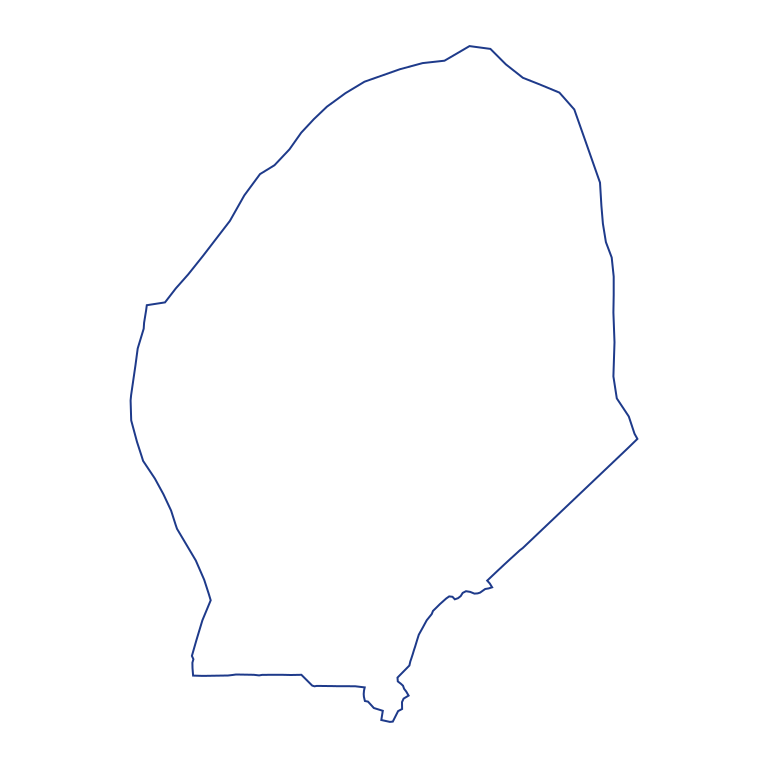 the district of Semienawi Mierab, Maekel, Eritrea
{"feature_id": "51966322B56082674650687", "entity_name": "Semienawi Mierab", "entity_type": "district", "adm_level": 2, "iso_a3": "ERI", "parent_name": "Eritrea", "parent_adm1": "Maekel", "projection": "albers", "projection_center": [38.931, 15.377], "detail": "fine", "context": "isolated", "style": "outline", "palette": "blue", "viewbox_px": 768, "rotation_deg": 0, "n_neighbors": 0, "source": "geoboundaries", "source_scale": "gbopen_adm2", "svg_char_len": 1940}
<svg xmlns="http://www.w3.org/2000/svg" viewBox="0 0 768 768"><path d="M193.1,675.6L202.8,675.9L228.1,675.5L232.4,675.0L236.1,674.5L253.8,674.8L259.1,675.4L262.0,674.9L270.0,674.8L272.8,674.8L282.2,674.8L290.9,675.0L301.4,674.8L312.2,685.6L314.5,686.3L316.8,685.9L324.1,686.0L332.8,686.1L337.6,686.2L347.2,686.2L355.5,686.3L364.7,687.4L364.0,690.6L363.7,694.0L363.9,696.7L364.9,701.0L368.0,701.6L373.8,708.0L382.8,710.8L381.3,720.0L389.9,721.9L392.8,721.6L398.1,711.1L402.1,709.0L402.0,702.1L403.6,698.6L408.6,695.6L406.2,691.5L404.1,688.8L403.0,685.7L400.8,683.7L397.8,681.4L397.5,677.6L409.4,665.5L410.3,661.5L411.4,658.3L412.7,654.3L414.0,650.0L415.1,646.7L417.1,640.1L418.8,634.7L422.8,627.5L426.7,620.3L431.7,614.1L433.0,610.9L436.6,607.4L439.8,604.2L446.2,598.5L449.2,596.4L452.5,596.8L454.8,599.3L458.0,598.2L460.7,596.1L462.7,592.9L466.0,591.2L470.2,591.9L474.4,593.6L477.6,593.4L480.1,592.6L485.2,589.0L488.7,588.4L492.1,587.3L489.8,583.5L487.2,580.6L492.7,575.4L498.3,570.1L504.3,564.5L510.8,558.5L515.9,553.9L519.8,550.3L522.7,548.1L627.4,448.6L637.4,438.9L634.5,433.7L628.8,416.5L616.8,398.4L613.4,376.4L614.5,342.3L613.4,312.5L613.7,295.1L613.7,276.6L611.7,257.5L605.9,242.1L602.9,223.6L601.4,205.8L600.0,182.6L584.7,139.0L574.3,109.5L559.4,92.6L538.6,84.0L522.9,77.8L505.9,64.4L490.4,48.9L469.5,46.1L444.5,60.7L422.6,63.1L400.0,69.2L364.5,81.7L345.4,93.2L326.9,106.7L313.9,119.1L301.2,132.7L289.5,149.3L274.5,165.2L260.0,174.1L244.3,195.4L229.9,220.9L216.2,238.7L202.9,256.0L188.2,274.4L175.8,288.4L165.0,302.4L146.8,305.2L146.1,310.4L144.1,322.7L143.7,328.7L137.7,348.5L135.5,365.0L133.5,378.7L131.1,395.2L130.6,400.4L131.2,420.4L137.0,441.9L141.6,456.1L143.1,460.9L154.9,478.6L163.5,494.4L171.1,510.6L175.6,524.7L177.0,528.8L195.8,560.5L204.2,579.8L208.8,594.0L210.7,600.3L202.4,620.3L196.4,640.2L191.9,655.9L193.4,659.2L192.4,662.7L192.5,668.0L192.8,671.8L193.1,675.6Z" fill="none" stroke="#1e3a8a" stroke-width="2"/></svg>